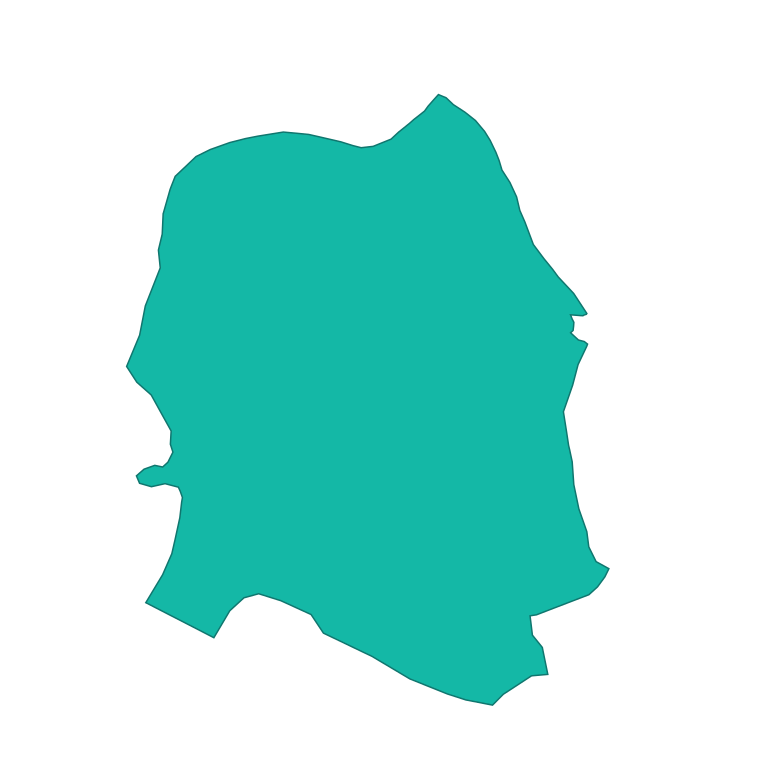 Kaltungo, Gombe, Nigeria, rotated 191°
{"feature_id": "59680162B43215766185997", "entity_name": "Kaltungo", "entity_type": "district", "adm_level": 2, "iso_a3": "NGA", "parent_name": "Nigeria", "parent_adm1": "Gombe", "projection": "orthographic", "projection_center": [11.405, 9.843], "detail": "fine", "context": "isolated", "style": "filled", "palette": "teal", "viewbox_px": 768, "rotation_deg": 191, "n_neighbors": 0, "source": "geoboundaries", "source_scale": "gbopen_adm2", "svg_char_len": 1883}
<svg xmlns="http://www.w3.org/2000/svg" viewBox="0 0 768 768"><g transform="rotate(191 384 384)"><path d="M385.8,678.5L389.3,672.7L393.7,665.2L396.3,659.6L405.2,649.3L408.8,644.6L417.6,634.2L423.8,625.7L440.0,615.2L451.5,611.6L460.1,612.1L472.7,613.5L495.7,614.3L505.5,614.6L518.2,613.4L530.9,612.1L555.2,603.2L567.0,598.4L571.6,596.2L581.4,591.6L599.3,581.0L611.9,571.4L617.0,564.2L628.6,548.0L630.7,536.5L631.1,534.1L633.2,509.5L633.3,509.1L630.3,488.8L631.0,472.4L625.8,455.3L633.2,415.1L633.2,385.3L639.9,352.6L640.0,352.1L627.0,338.6L610.4,328.8L595.1,310.5L584.0,297.3L582.2,284.1L578.2,276.8L581.2,266.0L585.4,260.3L593.5,260.4L603.3,254.6L609.5,246.6L605.0,239.9L592.7,238.8L579.9,244.4L572.4,243.9L566.2,243.5L563.6,239.9L560.2,234.1L560.1,229.5L558.9,213.8L559.4,191.6L559.9,176.9L564.9,154.6L576.1,123.9L502.6,102.5L492.1,132.0L480.7,147.4L467.0,154.2L443.9,151.6L411.6,143.8L395.9,127.9L352.6,116.6L344.3,114.5L302.2,99.4L262.5,91.8L243.4,89.5L216.2,89.5L207.7,102.2L183.5,125.7L167.8,130.2L177.8,154.3L178.3,155.6L190.4,165.8L196.4,184.3L194.0,185.2L190.3,186.5L175.0,196.1L143.9,215.5L142.7,216.2L141.8,217.4L135.7,225.6L130.4,236.8L128.0,245.6L141.9,250.1L151.9,263.2L156.7,277.7L168.9,298.6L178.5,321.5L184.4,343.5L189.5,355.5L189.7,355.9L191.1,359.0L195.6,371.7L202.6,391.0L198.6,418.8L197.2,440.1L192.2,459.6L191.8,462.0L195.5,463.9L201.6,464.3L201.9,464.5L210.6,469.9L208.6,472.6L208.9,476.9L209.4,480.8L211.7,483.7L214.1,487.5L209.8,488.0L206.3,488.4L203.5,488.7L202.9,488.8L201.7,489.0L200.6,490.0L198.7,491.0L198.3,491.9L215.0,509.0L233.5,522.4L240.2,528.6L251.1,537.7L264.0,549.4L276.3,569.4L276.6,569.9L283.8,580.3L289.5,592.9L298.8,605.8L309.1,616.6L309.7,617.8L313.2,624.5L313.8,625.6L318.5,633.0L318.9,633.5L326.2,643.3L333.4,651.1L344.5,660.1L356.5,666.3L369.3,671.5L377.6,676.8L385.8,678.5Z" fill="#14b8a6" stroke="#0f766e" stroke-width="1.5"/></g></svg>